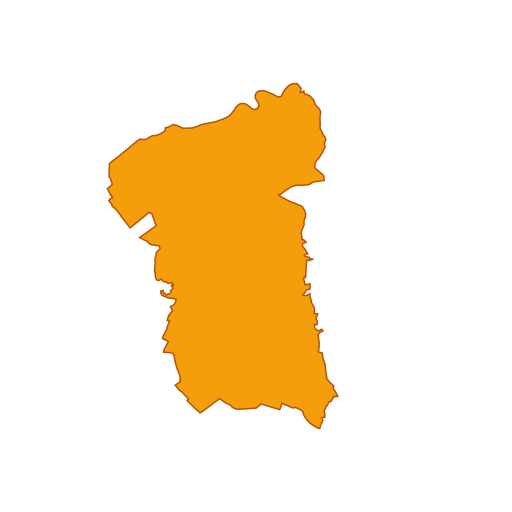 outline of Glodeni, Mures, Romania, rotated 226°
{"feature_id": "2599482B49122521196915", "entity_name": "Glodeni", "entity_type": "district", "adm_level": 2, "iso_a3": "ROU", "parent_name": "Romania", "parent_adm1": "Mures", "projection": "orthographic", "projection_center": [24.562, 46.667], "detail": "fine", "context": "isolated", "style": "filled", "palette": "amber", "viewbox_px": 512, "rotation_deg": 226, "n_neighbors": 0, "source": "geoboundaries", "source_scale": "gbopen_adm2", "svg_char_len": 6147}
<svg xmlns="http://www.w3.org/2000/svg" viewBox="0 0 512 512"><g transform="rotate(226 256 256)"><path d="M351.4,405.4L354.4,402.2L354.8,401.3L355.7,398.8L355.9,397.1L355.8,394.5L355.2,390.8L354.2,387.3L353.5,385.7L353.5,384.6L354.0,383.7L354.8,382.8L356.0,382.0L359.2,381.0L365.9,378.3L369.8,376.2L372.2,373.6L373.1,371.4L373.1,369.3L372.3,367.3L370.7,365.7L369.6,365.0L364.5,363.9L362.2,362.7L361.3,360.9L361.5,358.6L362.2,357.0L363.2,356.1L364.7,355.4L370.8,354.7L372.7,354.1L375.1,352.3L376.5,350.5L377.0,348.3L377.1,345.3L376.1,341.5L375.7,339.0L375.3,335.1L376.0,331.2L377.6,327.1L380.8,320.0L387.9,309.0L390.7,302.4L392.3,299.2L398.2,292.7L399.5,291.9L404.9,289.7L406.7,288.7L408.1,287.6L408.9,284.9L409.9,281.9L411.2,279.8L409.4,277.9L409.3,277.1L409.7,274.7L410.9,270.3L412.8,267.0L414.6,264.9L415.6,261.4L416.0,258.8L416.7,257.4L419.0,255.0L419.8,254.6L420.4,253.9L420.7,253.4L421.3,250.6L422.3,236.0L423.5,222.7L424.1,218.6L424.3,214.8L417.2,207.5L414.6,205.1L414.2,205.3L413.0,205.0L411.0,204.2L407.5,202.5L407.4,199.4L407.6,198.9L407.7,195.9L400.5,193.7L400.4,194.0L397.5,193.4L398.5,190.5L398.0,188.5L397.5,188.3L394.2,188.3L391.2,187.2L386.5,187.7L380.3,187.0L377.9,186.5L363.7,185.0L361.6,209.3L359.8,210.2L358.9,210.5L347.2,205.2L348.4,196.5L349.8,187.2L350.2,185.2L345.7,186.5L342.7,187.8L338.7,188.0L337.3,188.3L334.6,190.2L331.5,192.7L330.5,193.2L329.9,193.1L328.1,192.3L328.0,191.8L327.9,190.3L327.8,187.0L325.4,183.6L324.4,181.8L323.4,180.7L320.4,178.0L317.7,174.7L315.9,173.0L314.2,171.7L313.2,171.6L313.0,171.4L312.9,170.9L312.2,170.3L311.0,169.3L309.3,168.3L307.8,168.0L307.3,168.0L306.8,168.4L306.3,169.0L305.7,169.4L305.4,171.1L305.1,171.9L303.3,171.6L302.5,171.6L301.5,172.0L301.0,172.5L300.3,172.6L299.9,173.2L299.7,173.7L297.5,173.7L297.0,174.0L296.6,174.6L296.1,175.8L295.4,176.7L294.4,176.9L292.5,176.6L292.4,176.1L292.7,175.6L293.8,175.1L293.7,174.6L293.2,174.2L291.1,174.3L290.5,174.1L290.3,173.0L290.5,171.8L290.5,170.4L289.9,170.4L289.0,169.3L288.8,167.3L289.5,166.6L289.9,165.9L290.0,165.0L290.6,164.4L292.5,164.4L293.5,163.7L294.4,164.5L295.7,165.3L296.9,163.1L296.8,162.9L296.1,162.5L295.5,161.9L294.3,161.3L293.1,161.1L292.4,161.2L289.6,162.6L287.4,163.4L285.1,165.0L283.9,166.2L283.1,166.8L281.0,167.9L280.0,168.1L279.2,166.9L278.4,165.1L278.1,163.7L278.1,162.1L279.0,159.1L274.6,158.0L274.4,155.1L273.6,153.2L274.1,152.2L271.3,147.3L269.6,148.7L269.2,148.3L266.4,142.2L265.3,141.1L263.2,134.4L261.8,131.4L259.2,132.0L259.0,132.8L255.0,133.3L254.7,131.7L252.9,125.7L251.2,122.7L250.5,123.1L245.2,127.8L243.2,128.5L242.6,128.4L241.8,128.1L236.9,124.9L230.7,121.4L223.9,118.6L221.2,116.9L219.3,114.9L218.2,114.3L219.2,108.1L213.5,107.6L212.1,107.8L209.8,108.3L200.0,108.1L200.0,106.1L196.9,106.0L187.6,106.3L182.0,106.9L181.6,108.3L180.8,113.9L179.4,125.8L179.1,127.7L178.7,129.6L178.7,130.8L171.2,132.1L166.9,133.9L165.9,134.0L164.6,133.8L164.0,133.9L161.7,134.5L159.6,135.4L159.6,135.7L157.2,137.7L146.4,150.5L146.0,156.8L142.3,159.0L129.0,166.3L130.4,169.5L131.9,172.1L130.5,173.0L122.8,176.2L121.6,176.8L120.4,177.6L119.9,179.2L117.5,180.1L114.2,181.2L111.6,181.6L108.4,179.9L106.1,179.3L103.3,178.9L100.4,178.7L97.7,178.8L95.6,179.2L89.5,180.7L87.8,181.9L87.7,182.3L88.4,183.5L89.5,184.8L90.1,186.5L90.6,188.5L91.0,189.6L93.8,191.0L93.2,192.3L92.1,193.4L95.5,196.6L96.6,197.0L97.0,197.3L97.6,198.4L97.7,199.1L98.9,201.4L99.1,203.9L99.8,205.4L100.2,206.9L100.3,207.6L99.3,208.5L100.3,213.2L101.1,214.2L99.3,215.9L98.2,217.3L101.0,218.3L103.6,219.0L106.2,219.3L107.5,219.9L108.7,221.7L114.6,221.3L119.1,221.8L119.7,222.2L120.0,223.0L122.9,224.8L129.3,229.8L131.5,231.1L135.5,232.8L137.0,233.8L138.4,235.0L140.3,236.3L143.6,234.3L146.7,238.1L149.8,241.3L151.2,242.4L152.4,243.0L154.8,245.0L156.1,245.7L156.5,246.3L156.4,247.5L156.5,249.5L156.4,250.4L155.5,251.6L155.6,252.1L156.1,252.4L156.6,252.4L158.0,252.1L158.2,250.6L158.2,249.7L158.6,249.2L159.5,248.6L162.2,248.1L163.8,248.5L166.2,250.5L165.7,250.8L164.2,252.3L165.8,254.4L166.4,254.8L168.0,255.1L168.7,255.5L169.5,256.4L171.5,260.2L172.5,259.5L174.2,257.9L175.2,259.4L177.9,261.7L178.7,262.1L180.7,262.7L184.1,263.6L187.2,265.8L188.8,266.4L190.3,267.4L191.4,268.6L192.1,265.8L192.4,265.1L193.7,263.6L195.3,262.5L195.7,261.9L195.6,263.0L195.6,265.1L196.0,266.9L196.6,268.3L194.7,271.6L195.8,273.1L198.5,275.5L201.0,271.4L202.1,272.1L205.3,273.7L206.6,274.1L207.0,274.6L207.0,275.0L206.2,276.2L206.9,276.7L207.0,277.0L206.6,277.6L207.7,278.4L210.7,281.6L215.3,286.8L217.1,289.0L217.6,290.0L217.2,290.6L216.6,290.7L215.9,290.9L215.0,292.7L215.0,293.2L214.3,294.4L215.0,294.3L215.6,293.7L217.0,292.9L217.8,293.4L218.2,293.0L219.0,292.8L221.5,291.2L222.2,291.0L222.8,291.3L222.9,291.8L222.8,292.8L221.6,294.8L223.2,295.2L223.9,295.1L224.7,295.3L225.7,295.9L230.1,296.0L231.0,296.4L232.1,297.6L232.6,298.5L231.3,300.8L231.0,301.5L231.8,301.7L234.3,301.6L234.7,301.4L235.4,300.7L236.0,300.4L236.7,301.5L240.6,304.1L242.0,305.7L243.2,307.8L243.8,309.5L244.7,311.6L245.6,312.8L247.0,313.9L247.9,315.0L249.1,317.2L249.4,318.2L252.1,321.3L255.1,322.7L257.4,323.1L257.9,323.4L258.5,323.5L260.5,323.3L261.2,323.2L262.1,322.5L264.0,321.7L265.6,321.2L265.9,320.9L267.4,320.6L269.0,319.5L272.8,317.8L278.8,316.0L280.1,315.4L282.3,314.8L283.6,314.7L284.3,315.1L283.7,315.5L283.3,316.4L282.9,319.9L282.5,324.0L281.9,325.9L281.1,330.2L279.7,332.3L279.0,334.0L273.8,339.4L270.3,344.2L269.9,346.8L269.0,349.3L263.0,357.5L265.2,359.4L266.6,360.2L268.0,360.6L275.8,359.8L277.4,359.5L278.2,359.6L279.8,360.5L281.8,363.3L282.2,364.1L282.2,364.9L282.5,365.6L282.5,366.2L282.7,366.7L282.7,367.1L282.6,367.5L283.0,370.4L284.2,375.2L284.3,375.1L284.6,376.5L285.4,378.3L285.9,380.2L286.4,381.4L289.1,383.2L289.8,383.8L290.4,385.1L291.1,387.0L292.0,387.5L293.6,388.1L294.6,388.2L298.3,389.1L299.5,389.7L302.0,390.3L303.5,390.9L306.9,394.4L309.5,396.6L311.7,398.8L314.6,402.5L315.8,403.1L319.3,403.9L321.0,403.7L322.3,403.7L323.8,404.0L325.7,404.6L327.0,405.4L328.5,405.9L332.5,406.0L334.6,405.8L336.5,404.9L338.4,403.7L339.2,403.7L339.8,403.8L341.5,405.0L341.6,404.4L342.1,402.8L342.9,401.5L345.2,404.9L351.4,405.4Z" fill="#f59e0b" stroke="#b45309" stroke-width="1.5"/></g></svg>